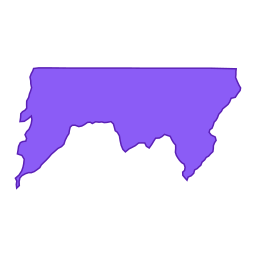 Ibatiba, Espírito Santo, Brazil
{"feature_id": "56859067B8858770824272", "entity_name": "Ibatiba", "entity_type": "district", "adm_level": 2, "iso_a3": "BRA", "parent_name": "Brazil", "parent_adm1": "Espírito Santo", "projection": "robinson", "projection_center": [-41.564, -20.272], "detail": "fine", "context": "isolated", "style": "filled", "palette": "violet", "viewbox_px": 256, "rotation_deg": 0, "n_neighbors": 0, "source": "geoboundaries", "source_scale": "gbopen_adm2", "svg_char_len": 2194}
<svg xmlns="http://www.w3.org/2000/svg" viewBox="0 0 256 256"><path d="M33.6,68.5L32.7,71.1L31.3,73.6L30.0,77.1L30.7,80.7L30.8,83.8L31.6,87.7L30.6,91.0L29.5,93.8L28.7,97.4L26.7,101.0L26.6,104.5L26.7,108.2L24.9,110.3L22.5,111.7L20.8,113.7L20.6,117.6L20.0,121.6L24.3,121.3L28.3,118.6L31.3,116.0L31.9,119.7L31.2,123.8L30.3,126.4L29.0,129.3L26.7,131.6L25.0,134.7L26.6,138.4L25.8,141.1L22.5,141.6L20.3,142.7L18.6,146.3L18.0,150.4L17.4,153.9L21.9,155.4L24.2,159.2L23.7,163.8L23.0,167.2L21.7,170.9L19.0,175.1L15.4,178.2L16.8,181.0L16.3,184.5L16.7,188.1L19.3,185.6L19.1,181.6L19.9,177.9L22.0,175.6L25.4,173.7L28.7,172.6L31.2,172.7L34.2,171.6L37.0,169.7L39.8,167.6L41.3,164.9L43.4,162.8L45.9,160.4L49.0,157.1L51.4,154.2L54.3,151.7L58.0,148.4L61.5,146.6L63.9,144.2L65.1,140.4L67.1,136.3L68.9,133.6L69.4,130.5L70.2,127.1L72.2,125.3L75.1,125.2L78.8,126.6L81.8,126.0L84.5,124.5L87.5,122.4L90.3,122.2L92.3,123.5L95.6,121.8L99.1,122.2L101.9,121.9L104.2,122.6L106.9,122.4L111.0,121.6L113.4,123.9L114.3,127.1L115.2,130.7L117.4,132.3L119.4,135.8L120.2,140.8L121.2,145.3L122.9,149.4L125.4,151.9L129.0,148.9L131.8,147.5L135.4,145.6L138.6,143.0L141.9,142.9L144.8,143.0L146.4,146.3L149.2,148.0L151.8,144.3L153.9,140.8L155.6,138.2L159.4,138.0L161.9,136.6L164.5,134.4L167.9,135.6L170.2,136.3L171.8,139.7L173.6,142.7L175.6,145.0L175.7,148.4L175.4,152.3L176.3,155.2L177.6,157.5L179.6,160.4L181.7,162.6L184.1,164.1L185.1,167.4L184.6,170.4L182.7,172.1L182.8,175.3L185.2,178.2L187.0,180.2L188.1,177.1L191.3,175.7L193.7,173.3L194.6,169.9L197.2,168.6L199.0,166.8L200.8,165.3L202.0,162.2L204.7,159.8L206.2,157.4L208.6,156.1L210.5,153.9L212.9,151.6L213.3,148.7L213.4,145.6L214.6,142.6L216.1,140.4L215.2,137.0L211.2,135.0L209.1,132.3L209.9,129.6L212.0,128.3L213.2,125.3L214.1,122.2L216.0,120.2L217.4,117.8L218.7,114.3L221.4,111.3L222.7,108.8L225.8,106.3L228.0,104.4L229.6,102.0L231.1,98.3L235.3,97.3L237.6,93.7L240.1,90.5L240.6,87.9L239.1,85.4L237.4,81.8L235.6,77.5L235.9,74.6L235.9,71.5L236.2,68.8L210.2,68.2L207.2,68.2L189.7,68.2L185.4,68.2L180.7,68.2L166.8,68.2L141.5,68.2L130.0,68.1L105.4,68.1L89.8,68.1L85.2,68.1L71.4,68.1L50.2,67.9L47.7,67.9L38.5,67.9L33.6,68.5Z" fill="#8b5cf6" stroke="#5b21b6" stroke-width="1.5"/></svg>